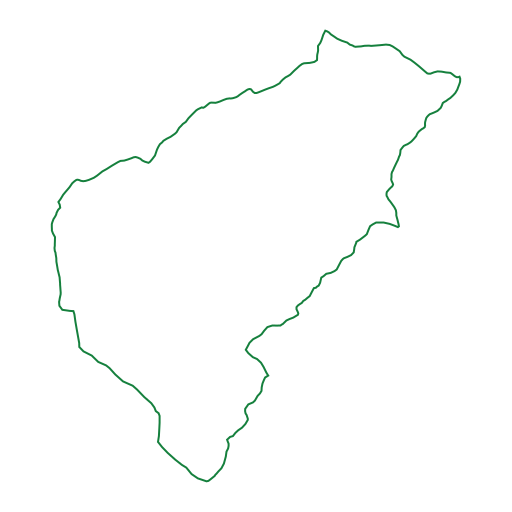 Gomdar, Samdrup Jongkhar, Bhutan (Robinson projection)
{"feature_id": "84629894B7815238118708", "entity_name": "Gomdar", "entity_type": "district", "adm_level": 2, "iso_a3": "BTN", "parent_name": "Bhutan", "parent_adm1": "Samdrup Jongkhar", "projection": "robinson", "projection_center": [91.584, 27.001], "detail": "fine", "context": "isolated", "style": "outline", "palette": "green", "viewbox_px": 512, "rotation_deg": 0, "n_neighbors": 0, "source": "geoboundaries", "source_scale": "gbopen_adm2", "svg_char_len": 5510}
<svg xmlns="http://www.w3.org/2000/svg" viewBox="0 0 512 512"><path d="M459.5,76.7L458.3,77.2L456.5,77.1L454.8,76.2L452.2,74.1L450.5,72.9L449.0,72.7L447.6,72.6L445.7,72.4L443.1,71.9L441.2,71.6L437.6,71.4L434.0,72.3L430.4,73.7L428.8,73.7L427.3,73.4L424.9,71.4L418.9,66.2L414.3,62.5L410.5,59.7L404.4,56.7L402.4,54.9L401.6,53.8L399.7,51.2L395.9,48.6L392.6,46.4L389.7,45.0L386.0,44.6L379.9,45.2L371.3,45.9L369.4,45.7L367.4,45.7L364.5,45.8L361.0,46.4L357.7,46.6L355.4,46.8L353.8,46.3L352.6,45.5L349.8,44.6L347.3,42.6L341.9,40.8L337.2,38.7L334.2,36.6L330.9,34.4L328.9,32.4L327.2,31.4L325.3,30.7L324.3,32.7L323.2,34.9L322.2,38.0L321.3,40.6L320.2,43.0L318.0,46.0L318.1,50.6L317.8,52.3L317.3,54.4L317.1,56.3L317.1,58.3L317.0,60.1L314.4,61.9L312.2,62.4L309.7,62.9L308.1,63.0L306.8,63.1L304.0,63.3L302.1,64.0L299.5,65.9L296.9,68.3L295.3,69.7L293.9,71.0L291.6,73.3L290.2,74.7L288.1,76.0L285.5,77.4L282.8,79.6L280.6,81.9L279.7,83.2L277.8,84.3L275.1,85.8L273.0,86.8L270.7,87.6L268.9,88.2L265.2,89.6L261.3,91.2L258.3,92.4L256.5,93.0L254.7,93.0L252.9,91.7L251.6,90.0L250.8,89.2L249.3,89.0L247.7,89.5L246.5,90.2L245.0,91.3L243.5,92.2L241.8,93.3L239.5,94.9L237.9,96.2L236.3,97.1L234.5,97.7L232.8,98.2L230.7,98.5L229.6,98.4L226.7,98.8L223.4,100.0L219.9,101.5L217.2,102.4L215.5,102.8L213.6,102.7L211.5,102.6L210.1,102.8L209.0,103.5L207.8,104.5L205.4,106.5L204.4,107.2L203.1,107.8L201.8,107.4L200.7,107.9L198.0,109.2L196.3,110.3L193.9,112.7L191.7,114.9L188.5,118.2L185.8,121.9L182.8,124.0L181.3,125.7L179.2,127.8L177.7,130.3L176.6,132.2L175.0,133.7L170.6,136.8L166.8,138.7L163.4,140.8L162.1,142.4L159.9,144.2L158.3,146.9L157.0,149.6L155.0,155.5L152.2,159.2L150.0,161.8L148.5,162.8L144.8,161.7L142.3,160.5L140.4,158.8L137.7,157.6L135.6,157.0L133.6,157.3L131.5,158.2L127.5,159.6L124.2,160.6L120.5,160.9L118.0,162.1L115.1,163.8L111.9,165.7L106.7,169.0L102.4,171.4L97.0,175.7L93.8,177.8L88.9,179.9L85.6,180.9L83.2,181.2L80.8,180.8L79.3,180.1L77.7,179.7L76.4,179.9L74.4,181.3L72.2,183.3L69.6,187.1L67.6,189.5L65.6,191.8L63.2,194.7L60.6,199.0L58.4,202.0L59.7,204.6L60.2,207.7L58.2,209.7L57.6,210.8L56.6,212.8L56.2,214.5L55.5,215.9L54.8,217.1L53.5,219.1L52.3,222.3L51.8,224.1L51.8,226.9L51.9,229.2L51.9,230.6L53.0,233.5L55.0,237.1L54.9,241.4L54.8,243.9L54.8,245.7L54.5,248.0L54.8,250.9L55.5,252.7L55.7,254.4L56.3,258.1L56.4,261.7L57.3,267.0L57.8,270.1L58.1,271.2L58.4,272.4L58.7,273.6L59.0,274.9L59.3,276.1L59.6,277.3L59.7,278.6L59.8,279.8L59.9,281.1L60.0,282.4L60.1,283.6L60.1,284.8L60.2,286.0L60.3,287.2L60.4,288.7L60.5,290.1L60.6,291.3L60.7,292.8L60.6,294.5L60.3,295.8L59.9,297.6L59.6,299.2L59.4,300.6L59.1,301.8L59.2,303.4L59.4,305.8L62.3,309.8L69.9,310.9L73.4,311.1L74.4,314.3L75.4,321.6L76.8,329.7L79.2,343.1L79.3,347.0L83.5,351.4L91.8,355.6L93.2,357.0L98.2,361.9L106.1,365.4L109.5,368.1L115.3,374.5L123.0,381.4L126.8,383.1L132.7,385.7L137.1,389.6L144.3,397.1L151.3,403.2L154.4,407.5L155.8,411.1L158.6,413.2L159.6,415.9L159.6,422.8L159.3,428.9L158.9,436.1L158.0,441.9L162.1,447.1L167.8,453.0L175.3,459.7L181.9,464.9L186.3,467.6L191.6,474.1L197.9,478.4L200.6,479.3L206.5,481.3L208.4,480.9L210.4,479.4L214.7,475.9L215.4,474.7L216.3,473.9L218.5,471.3L221.4,468.3L223.9,463.6L225.8,456.6L226.5,451.6L228.1,448.5L228.6,445.9L228.6,443.7L227.7,441.4L227.1,439.7L230.1,436.9L232.9,436.1L235.4,432.9L238.2,430.3L242.0,427.7L245.4,424.0L247.8,419.9L247.8,418.7L246.6,415.0L245.6,413.5L245.1,411.2L245.2,408.8L247.2,406.0L248.3,404.4L253.0,402.4L254.9,400.6L257.6,395.9L259.9,393.5L261.5,390.9L261.7,387.4L262.5,383.5L264.1,379.6L265.1,377.5L266.1,376.9L268.2,375.6L266.3,372.5L263.6,367.0L261.0,362.7L257.0,359.0L252.9,357.2L248.3,353.1L245.8,349.8L248.0,345.7L249.5,342.8L253.1,339.2L257.1,337.1L259.4,335.9L261.6,334.2L264.1,330.8L267.4,327.1L270.8,326.0L272.4,325.5L276.8,325.6L280.5,325.5L281.6,324.6L282.7,324.1L286.4,320.5L289.6,319.0L293.3,317.6L297.9,314.8L298.3,313.4L297.9,312.2L296.5,309.2L296.5,307.2L297.9,305.5L300.0,304.0L301.7,303.0L303.3,300.9L305.3,299.7L307.5,297.8L309.7,296.1L311.6,292.4L313.3,289.2L313.9,288.1L315.8,287.8L316.9,286.7L318.7,285.6L320.1,282.8L320.7,280.1L321.3,277.6L323.5,276.2L326.3,273.8L330.7,272.9L334.5,271.1L336.7,269.5L339.2,264.7L341.2,260.9L342.9,259.0L344.0,258.2L347.4,256.9L351.1,255.1L353.7,252.4L354.2,249.3L354.4,247.3L356.1,243.1L356.4,241.8L359.9,239.7L364.9,235.9L366.8,234.2L368.6,229.6L370.1,226.2L372.5,224.5L376.2,222.5L383.5,222.5L389.7,223.9L394.8,225.8L397.9,227.1L398.9,226.3L398.6,224.4L398.0,222.0L397.5,219.9L396.7,217.0L396.3,215.4L396.3,212.9L395.9,210.3L394.5,207.5L393.5,206.0L392.7,204.9L391.5,203.2L390.1,201.3L388.5,199.4L387.3,197.0L386.6,195.8L386.5,194.3L386.6,193.0L386.9,191.9L387.8,190.9L389.1,189.3L390.9,187.5L392.2,186.4L393.1,184.6L392.8,183.5L392.2,182.2L391.6,180.9L391.2,179.5L391.5,177.0L391.5,174.1L392.0,172.1L392.6,171.1L393.2,169.9L394.0,168.0L395.7,164.4L397.1,161.5L397.9,160.0L398.3,158.9L399.1,156.5L399.8,155.3L400.2,153.4L400.4,151.7L400.5,150.1L401.5,148.7L403.0,146.8L403.8,145.9L405.8,144.9L407.5,144.2L409.7,142.8L411.4,141.5L413.3,139.5L414.7,137.9L416.2,136.1L417.3,133.6L418.6,131.8L419.6,130.9L421.7,129.2L423.3,128.3L424.7,127.2L425.1,125.5L425.0,124.1L425.1,122.2L425.8,119.6L426.3,118.0L427.2,116.7L428.6,115.2L429.8,114.2L431.9,113.4L433.1,112.9L434.3,112.4L435.8,111.7L437.5,110.9L440.7,107.9L441.7,105.9L442.8,103.0L444.5,101.8L445.8,101.2L447.0,100.3L448.3,99.3L450.3,98.0L453.2,95.3L455.3,93.0L457.3,89.6L458.1,87.4L459.3,84.3L460.1,81.8L460.2,79.9L460.2,78.6L459.5,76.7Z" fill="none" stroke="#15803d" stroke-width="2"/></svg>